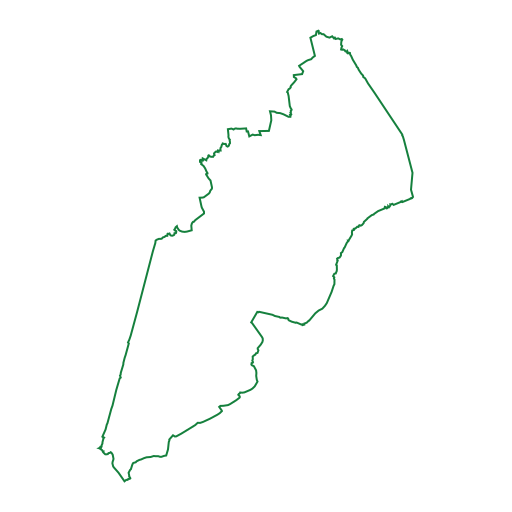 outline of Mueang Samut Songkhram, Samut Songkhram, Thailand
{"feature_id": "78962969B53970702814040", "entity_name": "Mueang Samut Songkhram", "entity_type": "district", "adm_level": 2, "iso_a3": "THA", "parent_name": "Thailand", "parent_adm1": "Samut Songkhram", "projection": "mercator", "projection_center": [99.999, 13.396], "detail": "fine", "context": "isolated", "style": "outline", "palette": "green", "viewbox_px": 512, "rotation_deg": 0, "n_neighbors": 0, "source": "geoboundaries", "source_scale": "gbopen_adm2", "svg_char_len": 6048}
<svg xmlns="http://www.w3.org/2000/svg" viewBox="0 0 512 512"><path d="M124.5,481.3L126.2,479.9L127.6,479.9L128.3,478.9L129.6,478.9L130.3,478.4L130.2,477.9L129.1,476.2L129.2,475.4L128.6,472.8L130.1,469.9L130.9,469.2L132.2,465.0L132.9,463.4L133.4,462.9L135.7,462.3L136.6,461.3L139.4,459.9L141.0,459.5L144.1,458.1L146.6,457.3L150.6,457.0L153.8,456.0L155.5,456.2L158.3,456.2L160.0,456.8L161.5,456.8L164.0,455.9L166.2,455.5L168.0,449.4L168.8,441.9L169.4,440.5L169.3,439.5L173.0,435.3L174.9,436.5L176.2,436.4L181.2,433.7L195.2,425.1L197.7,422.8L200.1,422.9L202.8,422.0L209.8,418.8L217.4,414.7L219.7,413.2L221.9,411.1L221.8,410.6L219.2,406.9L220.4,405.9L223.3,405.8L228.0,405.1L229.9,404.2L236.1,400.3L239.4,397.8L239.8,397.1L239.7,396.3L238.3,394.8L238.8,394.0L240.0,393.1L240.2,392.5L242.2,392.7L244.4,392.4L250.5,389.8L252.4,388.6L254.7,386.4L257.5,381.6L256.8,379.8L256.2,375.9L256.4,373.0L256.1,370.4L253.9,366.2L252.0,365.3L251.4,364.6L251.6,363.1L252.6,362.8L253.0,362.2L252.3,360.5L252.8,359.3L252.7,356.5L254.6,354.9L255.3,354.7L255.9,353.4L257.5,352.9L258.4,350.3L257.7,349.0L257.7,348.2L260.7,344.7L262.4,342.0L262.8,340.3L262.7,338.4L261.9,336.9L252.1,323.1L251.2,322.4L257.3,311.9L258.5,312.3L259.1,311.8L272.5,314.8L274.9,316.0L279.5,317.0L280.1,317.6L281.0,317.7L281.9,317.5L286.0,318.4L287.6,318.1L288.2,318.6L288.3,319.6L289.0,320.4L291.8,321.7L295.8,322.8L296.2,322.5L297.0,322.7L301.2,324.5L302.2,324.3L302.5,325.1L304.3,324.6L304.2,323.6L306.7,322.7L308.7,320.7L309.1,320.7L315.3,313.3L318.7,310.5L322.3,308.7L324.9,305.9L326.8,303.1L331.6,291.9L333.6,285.8L334.4,284.2L334.5,279.6L333.9,278.6L334.3,277.3L333.1,276.1L334.3,273.8L335.8,273.4L335.8,272.9L336.6,271.5L336.9,269.8L336.8,265.4L336.1,264.8L337.7,260.6L337.2,260.1L337.4,259.3L337.1,258.7L337.7,258.1L339.5,257.6L340.5,256.3L341.0,255.2L340.9,253.1L342.3,252.1L344.1,248.0L344.6,247.6L346.7,243.0L347.6,241.8L348.3,241.2L348.0,240.5L348.6,240.5L351.6,235.5L352.1,234.3L351.9,232.6L352.2,230.5L354.0,229.9L354.1,229.5L353.8,228.9L354.2,228.6L355.1,228.6L355.7,228.2L357.3,226.7L358.5,226.9L359.1,225.4L359.7,225.2L360.7,225.7L361.9,225.1L363.6,223.2L363.9,221.9L367.3,218.8L367.4,218.4L371.8,215.1L373.7,214.5L374.1,213.9L378.1,211.1L384.4,208.5L384.9,206.8L385.3,206.9L386.5,208.4L386.8,208.4L387.3,208.0L387.1,207.6L387.3,207.2L388.5,207.3L388.4,206.5L388.8,206.9L389.4,206.8L390.3,205.5L390.3,204.4L390.6,204.5L392.4,203.8L393.6,204.9L400.4,202.1L401.1,201.4L401.5,201.6L401.8,201.4L401.9,202.0L402.3,202.1L410.1,198.9L410.6,198.3L411.1,198.1L411.4,198.4L412.1,198.1L413.0,196.9L411.0,189.7L412.5,172.8L403.9,139.8L402.8,136.2L402.2,135.5L402.3,134.6L374.5,92.8L368.0,83.4L365.2,78.4L363.2,76.9L363.1,75.6L361.2,73.6L358.6,69.6L357.9,67.8L356.8,66.9L356.3,65.5L352.8,59.7L351.2,56.1L350.2,54.6L349.9,52.9L349.5,52.8L348.4,53.3L347.6,53.3L347.2,52.8L347.6,51.8L347.2,50.9L346.6,51.6L345.7,51.5L345.3,51.3L344.9,50.4L343.1,49.4L342.2,49.8L341.1,49.5L341.5,47.6L342.2,46.1L341.1,44.8L341.3,41.9L341.7,40.6L342.3,39.7L341.8,39.0L340.3,39.4L338.2,38.4L335.5,39.0L335.1,38.7L334.9,37.6L334.3,37.6L333.8,38.2L332.2,36.3L329.5,37.6L326.4,36.7L323.6,34.2L322.0,34.2L320.4,33.0L319.0,33.6L318.6,32.3L318.8,31.1L318.4,30.7L316.5,31.5L315.9,35.1L313.4,36.0L310.4,37.7L314.9,55.9L312.7,57.5L311.2,59.2L308.2,60.1L306.5,60.9L299.1,65.8L299.5,66.7L303.2,71.2L302.1,74.1L293.8,75.1L293.9,77.0L295.9,78.2L296.5,79.2L294.3,82.1L291.1,85.6L290.6,86.5L290.7,87.4L289.8,88.5L288.6,89.2L287.1,92.0L287.8,92.7L288.6,96.0L289.8,106.1L290.8,108.4L291.6,109.5L291.4,110.3L290.8,110.7L290.9,112.2L290.4,112.7L291.3,114.4L291.1,114.7L290.1,114.9L290.5,115.9L290.4,116.8L288.5,116.8L283.5,114.3L280.1,113.1L276.7,112.8L274.5,111.6L270.0,111.3L271.0,115.3L271.3,120.3L268.9,130.9L259.3,131.1L260.7,135.1L258.1,134.8L254.7,135.2L252.7,134.6L249.3,136.4L248.0,131.4L246.7,131.5L246.1,128.4L240.1,128.8L237.3,128.7L235.9,128.4L234.4,128.8L233.6,129.5L231.5,128.6L227.9,129.2L228.5,135.2L228.4,136.9L228.9,138.5L229.9,139.8L229.6,140.8L229.9,141.6L230.0,143.2L229.3,144.0L229.0,145.2L228.5,146.1L227.6,146.6L226.5,146.0L225.7,143.9L224.5,144.0L222.8,143.5L222.7,144.2L221.9,144.6L221.3,147.0L220.6,147.8L220.4,149.2L220.6,150.5L219.1,150.5L218.7,151.7L217.8,150.7L217.2,151.9L216.2,151.5L215.8,151.6L214.1,153.3L214.0,153.8L214.6,155.1L213.6,155.8L213.1,156.8L211.2,156.8L210.0,156.5L209.0,155.4L208.6,155.3L208.3,155.6L208.2,156.9L207.6,158.0L206.6,158.8L206.3,160.3L202.7,158.4L202.6,159.4L203.1,160.2L202.7,160.8L201.5,160.7L200.8,159.8L200.3,159.9L200.0,160.3L200.0,161.9L201.6,163.1L201.2,164.1L203.6,166.0L205.2,168.5L206.5,171.5L207.5,173.1L207.5,173.5L206.2,174.0L206.1,174.4L208.6,178.4L210.5,180.5L212.0,187.4L211.9,188.7L210.3,190.7L209.7,192.5L208.8,193.6L203.8,197.3L202.4,197.6L199.6,197.7L201.4,206.1L201.8,207.6L204.0,211.7L204.0,213.5L195.3,220.1L193.7,221.9L193.0,221.9L192.5,222.5L191.9,223.4L191.3,225.6L191.7,230.3L186.9,231.6L184.6,231.9L182.1,231.6L179.8,230.7L178.8,229.9L177.2,227.5L176.9,226.2L175.6,227.3L175.1,228.7L174.3,229.7L174.6,230.3L176.2,231.1L176.3,231.9L175.9,233.1L174.5,233.2L174.3,234.6L174.0,235.0L172.5,235.7L171.1,235.6L170.3,235.1L169.5,233.5L168.6,233.9L167.7,233.7L167.5,233.9L167.3,235.8L165.6,235.9L164.6,236.9L162.9,237.4L161.7,238.7L160.6,238.9L158.8,238.9L156.6,239.8L155.6,240.6L155.3,243.1L152.9,251.2L137.1,312.0L130.7,335.6L129.3,339.7L128.0,342.5L128.8,343.4L125.6,355.1L124.7,357.7L123.4,362.8L123.3,364.5L120.8,372.8L120.6,374.7L120.0,375.6L120.7,377.6L119.7,378.4L119.3,379.7L116.3,389.9L112.5,405.6L111.3,408.9L107.4,423.4L106.8,424.5L105.6,429.4L102.4,436.7L103.1,437.1L103.2,437.7L103.8,437.4L104.1,437.6L103.5,438.3L102.5,442.1L102.4,443.6L101.6,445.3L101.6,446.5L101.0,447.8L100.6,447.9L100.1,447.2L99.6,447.9L99.0,448.2L100.0,448.5L100.3,449.0L102.2,450.2L102.7,451.4L103.5,451.4L103.3,452.4L105.1,454.2L105.9,454.4L107.8,454.1L108.5,453.1L109.8,452.9L110.7,452.2L111.7,453.1L112.7,454.7L113.5,458.8L113.3,459.8L112.6,461.9L112.4,463.4L113.2,466.5L114.1,467.7L118.5,472.7L124.5,481.3Z" fill="none" stroke="#15803d" stroke-width="2"/></svg>